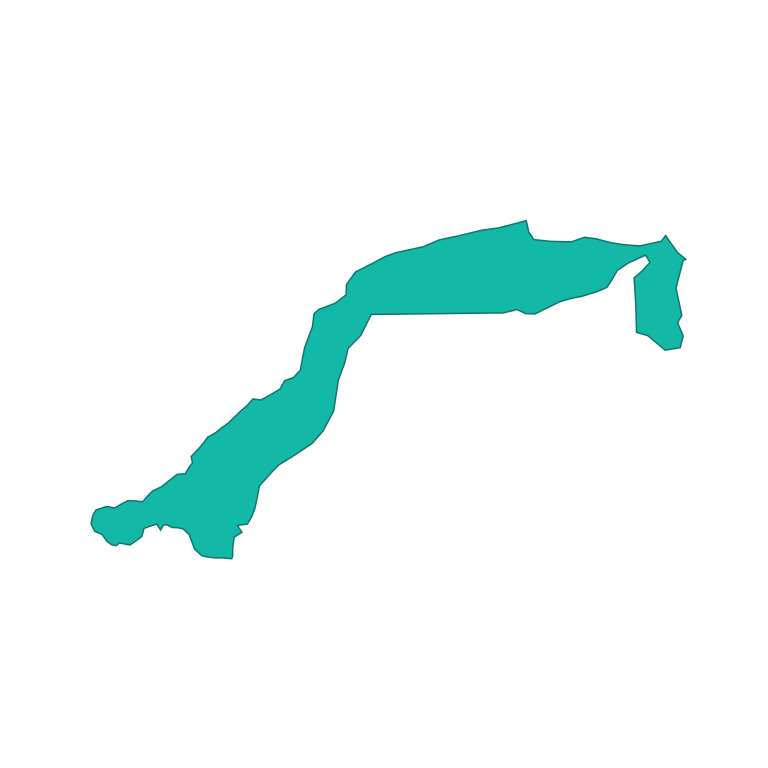 Kato Arodes, Paphos, Cyprus (Mercator projection), rotated 151°
{"feature_id": "46923920B59475373128367", "entity_name": "Kato Arodes", "entity_type": "district", "adm_level": 2, "iso_a3": "CYP", "parent_name": "Cyprus", "parent_adm1": "Paphos", "projection": "mercator", "projection_center": [32.375, 34.942], "detail": "fine", "context": "isolated", "style": "filled", "palette": "teal", "viewbox_px": 768, "rotation_deg": 151, "n_neighbors": 0, "source": "geoboundaries", "source_scale": "gbopen_adm2", "svg_char_len": 1920}
<svg xmlns="http://www.w3.org/2000/svg" viewBox="0 0 768 768"><g transform="rotate(151 384 384)"><path d="M580.1,323.2L580.8,331.4L571.4,327.7L563.5,332.5L556.9,338.1L550.0,346.1L542.4,355.3L524.0,361.6L515.5,364.2L495.8,365.2L475.7,366.9L460.0,372.5L441.2,384.7L431.0,397.9L422.2,409.4L408.0,421.6L398.2,432.5L380.8,437.8L361.4,451.0L245.1,388.3L231.6,384.7L225.9,376.8L217.9,372.0L207.6,371.6L190.2,370.7L180.5,368.6L168.5,364.8L153.4,361.6L142.4,360.4L135.3,364.0L124.8,370.3L111.3,371.4L92.8,369.9L92.4,361.4L103.3,357.8L113.8,355.5L118.1,346.4L125.8,330.4L138.1,306.7L129.9,298.5L121.7,277.3L107.3,272.2L99.1,280.9L97.5,295.4L90.3,299.5L82.1,326.3L62.6,346.9L59.6,346.8L63.5,356.6L65.1,370.7L65.6,376.2L65.7,377.3L72.3,374.4L82.1,377.3L93.4,380.8L107.5,390.1L117.4,397.9L127.9,408.0L137.6,415.2L151.1,417.4L169.0,427.9L182.9,437.6L183.7,446.8L180.5,457.6L180.4,457.9L207.9,464.9L224.4,471.3L245.5,477.0L265.5,483.2L283.5,485.1L309.1,492.9L321.1,494.9L336.4,495.1L354.6,495.8L368.6,489.2L374.0,480.3L387.8,478.3L404.5,480.8L411.0,479.5L419.0,468.6L435.7,454.4L442.3,446.6L450.4,436.7L460.1,433.5L469.2,435.1L477.5,430.0L490.7,429.6L499.6,429.8L505.8,434.5L514.4,431.4L522.1,430.0L528.1,428.3L539.6,425.2L547.5,424.4L554.9,423.0L563.8,423.0L574.2,418.4L583.4,415.4L587.8,414.1L589.8,407.8L594.8,405.7L601.4,401.8L608.7,405.3L618.4,403.7L628.3,402.0L638.2,402.6L646.9,400.1L652.0,397.9L657.2,401.6L664.4,406.1L671.5,406.3L679.5,406.1L685.9,411.3L692.4,412.6L696.9,413.5L702.7,410.0L708.0,403.7L708.4,395.4L703.5,389.0L702.7,381.0L700.2,375.5L696.5,372.4L692.5,373.2L686.1,367.9L684.1,366.4L676.8,367.0L669.6,368.1L664.0,374.0L658.4,373.2L650.6,371.6L650.2,364.6L645.4,367.5L642.3,366.4L639.0,361.3L633.6,358.0L629.9,354.7L627.4,346.7L629.7,331.3L626.6,322.2L622.5,318.5L616.1,313.8L609.9,310.5L601.9,305.0L599.8,306.9L595.6,314.2L589.3,322.7L580.1,323.2Z" fill="#14b8a6" stroke="#0f766e" stroke-width="1.5"/></g></svg>